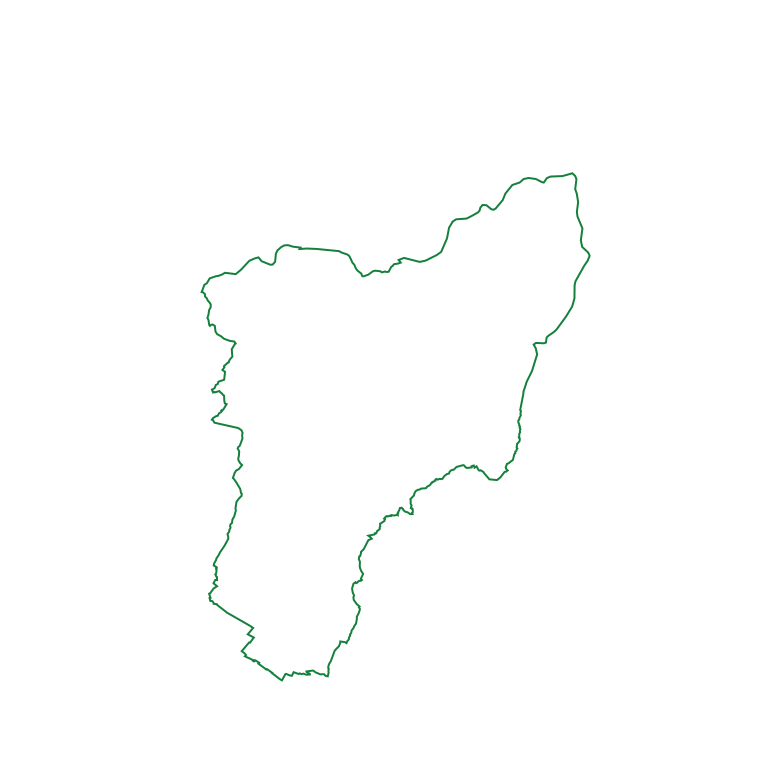 Baia Sprie, Maramures, Romania (Natural Earth projection), rotated 321°
{"feature_id": "2599482B79433143799510", "entity_name": "Baia Sprie", "entity_type": "district", "adm_level": 2, "iso_a3": "ROU", "parent_name": "Romania", "parent_adm1": "Maramures", "projection": "natural_earth1", "projection_center": [23.691, 47.679], "detail": "fine", "context": "isolated", "style": "outline", "palette": "green", "viewbox_px": 768, "rotation_deg": 321, "n_neighbors": 0, "source": "geoboundaries", "source_scale": "gbopen_adm2", "svg_char_len": 6142}
<svg xmlns="http://www.w3.org/2000/svg" viewBox="0 0 768 768"><g transform="rotate(321 384 384)"><path d="M156.3,575.8L159.3,573.5L160.1,572.1L161.9,570.5L161.8,569.8L163.2,568.3L165.4,566.9L168.1,566.0L178.1,560.1L184.1,559.4L186.9,557.8L188.0,556.6L191.1,559.9L191.8,561.8L193.2,560.9L196.0,560.3L197.1,559.1L199.4,558.2L199.6,557.5L202.0,556.7L203.8,555.1L206.4,554.6L208.6,553.4L211.4,552.6L214.8,549.8L216.5,547.7L219.7,546.4L222.8,544.5L223.8,543.4L224.0,541.7L225.0,541.5L224.3,537.9L224.6,532.8L226.0,530.5L227.6,529.5L228.6,526.1L230.5,522.8L234.6,520.0L237.1,520.1L237.0,521.2L237.7,521.5L240.7,521.2L242.1,522.3L243.5,522.4L243.4,521.1L243.7,520.7L248.3,518.4L248.6,515.0L249.6,511.8L250.4,510.4L253.4,507.0L254.3,504.2L256.3,502.4L257.2,502.7L259.4,501.2L260.5,500.0L264.3,499.6L273.6,495.5L277.1,496.5L277.1,494.9L276.4,492.1L281.9,494.9L283.0,494.3L283.4,495.0L284.4,495.0L285.9,494.0L289.3,494.1L290.3,492.8L291.5,492.2L292.9,490.2L298.0,490.7L299.8,489.6L299.4,488.7L302.3,488.2L303.1,488.4L303.6,489.4L305.3,489.9L306.5,491.1L307.0,491.1L306.9,490.4L307.1,490.4L309.0,492.5L312.1,494.2L312.2,494.6L312.5,494.3L312.6,493.5L313.7,493.3L313.6,492.8L316.4,491.7L318.3,490.4L319.9,491.3L319.7,492.1L320.1,493.1L319.7,494.0L320.1,496.5L321.5,498.4L322.6,501.8L324.3,503.0L324.6,501.8L325.8,501.7L327.2,499.9L327.1,498.9L327.6,498.7L327.5,498.1L326.8,497.3L329.1,495.6L329.3,493.9L331.7,491.0L332.0,490.1L337.0,489.5L338.7,488.2L341.2,487.2L343.6,487.5L345.7,488.6L347.0,488.6L351.0,491.4L353.1,490.9L355.1,491.4L357.1,491.3L358.0,490.8L359.4,491.0L360.0,490.5L361.1,491.2L362.4,491.1L363.1,491.5L363.7,490.7L364.9,490.7L365.6,492.2L367.2,492.5L368.7,494.0L369.8,494.5L373.0,493.5L376.2,493.6L378.2,494.5L379.6,493.6L381.4,493.3L383.1,493.7L384.2,494.5L388.2,494.1L394.5,496.9L395.0,497.7L395.0,499.9L395.5,501.4L399.7,504.0L400.3,503.0L402.5,503.8L401.7,506.0L404.1,506.2L403.3,510.7L404.0,511.7L404.9,511.9L405.9,515.1L405.7,516.7L405.9,524.4L411.4,529.8L415.8,529.8L422.5,528.2L423.8,529.0L425.7,529.0L425.5,527.2L425.9,525.6L429.2,523.5L430.9,524.0L436.5,524.1L441.0,520.6L442.6,520.4L443.2,519.3L445.1,519.1L446.1,518.2L447.1,518.0L447.1,516.8L449.8,514.3L453.2,513.8L454.7,512.5L455.4,511.4L455.0,510.7L455.4,510.0L456.4,509.6L457.9,507.7L459.4,507.2L460.0,506.0L461.8,504.7L461.7,503.6L463.0,502.6L462.7,502.0L463.0,501.2L463.7,500.6L464.1,498.7L464.9,497.5L465.6,496.8L466.8,496.7L467.9,495.6L470.7,494.4L471.3,493.0L473.4,491.2L473.4,490.0L485.8,479.6L487.6,477.7L496.6,471.9L507.1,467.1L521.6,457.4L524.4,451.8L525.1,447.6L527.9,447.7L533.9,453.0L535.9,453.7L539.7,450.2L542.0,450.0L548.9,450.5L552.6,450.2L567.7,446.2L579.0,442.2L585.8,437.4L594.2,427.3L597.4,424.7L614.0,418.1L619.8,416.4L624.5,413.8L625.4,410.4L624.3,402.1L627.4,396.2L636.1,388.0L639.8,375.5L642.4,371.4L649.3,364.9L653.6,357.4L655.2,352.9L662.4,346.0L663.5,342.7L663.0,338.8L653.5,334.7L644.0,327.6L640.2,326.5L634.9,328.0L633.7,326.3L631.0,320.2L625.9,314.8L621.5,312.6L616.2,312.8L609.0,310.1L598.2,312.4L592.0,315.8L581.2,317.9L579.0,317.6L577.4,315.8L576.1,309.5L573.3,306.9L570.0,307.5L567.4,309.4L565.0,309.8L557.9,308.6L552.3,307.4L543.7,301.4L539.6,301.0L532.9,303.5L524.6,310.5L511.6,317.3L506.2,317.0L494.0,314.3L488.6,311.6L478.9,298.6L473.4,296.8L473.4,300.2L470.6,299.2L467.2,297.2L464.8,297.7L463.4,297.5L458.2,299.7L456.2,298.3L455.6,297.2L452.6,295.9L452.1,294.1L448.5,290.4L446.2,289.4L440.8,289.2L435.7,287.4L435.0,286.5L435.8,283.8L434.7,279.0L434.9,276.3L436.0,272.6L435.8,270.0L437.4,263.6L437.5,262.3L437.0,260.3L433.6,254.9L432.8,252.6L416.8,236.8L409.2,230.1L403.4,226.0L404.9,225.4L399.6,219.9L396.8,215.7L393.7,213.5L390.4,212.9L385.3,213.1L382.0,214.7L376.3,220.5L372.7,221.1L370.8,219.9L366.2,211.6L366.1,206.6L363.0,205.2L357.0,203.5L344.8,205.2L337.9,205.3L330.4,197.5L327.0,197.0L323.3,195.7L321.5,194.6L315.0,192.2L309.9,194.2L306.8,193.9L300.2,197.8L300.9,198.5L301.4,201.4L300.0,203.5L300.2,205.8L299.6,208.2L299.7,211.6L299.3,213.4L297.4,215.4L294.6,216.5L291.3,219.6L288.3,221.6L287.9,223.8L285.3,228.2L285.3,229.3L287.0,229.2L288.2,229.9L289.1,232.3L286.0,237.3L285.7,240.4L287.3,244.1L288.2,248.3L291.3,253.4L294.4,256.8L294.2,259.2L293.2,259.1L287.5,261.2L283.4,267.3L279.6,268.0L277.1,269.1L276.9,269.5L275.8,269.2L270.9,269.4L270.6,270.5L267.3,271.4L268.1,274.5L262.5,280.1L256.8,278.0L254.8,279.4L252.7,278.9L249.8,280.6L246.7,280.1L245.9,283.0L246.8,283.0L247.2,284.0L251.6,285.9L251.6,287.8L252.0,288.6L252.1,291.7L252.4,292.4L249.3,296.6L248.1,298.9L249.0,300.6L242.8,302.8L241.8,302.2L240.6,302.4L240.7,303.1L239.3,303.3L237.2,303.0L234.8,304.1L233.2,303.3L229.6,302.9L228.2,303.3L228.5,303.6L228.0,304.1L228.3,304.5L227.9,307.4L243.0,326.5L244.1,330.2L243.4,332.9L241.6,334.4L239.7,337.3L233.3,341.1L230.8,341.4L229.7,342.0L229.1,345.2L226.1,348.4L223.5,350.5L222.8,352.1L222.4,355.1L222.7,357.7L217.5,358.8L214.6,358.2L211.8,359.2L207.4,362.0L207.6,363.1L207.3,367.6L206.2,375.1L204.3,378.7L204.3,380.0L202.9,381.3L199.1,381.7L195.1,382.8L190.3,387.2L189.3,389.0L184.5,392.5L180.7,394.1L178.5,396.3L176.6,396.4L175.0,397.4L174.6,398.7L173.4,399.6L172.0,400.0L171.0,401.2L168.0,402.1L166.8,404.7L165.6,406.3L158.4,409.3L150.4,411.7L148.3,412.8L144.0,414.1L142.7,415.1L139.2,416.5L137.5,417.9L138.6,421.2L137.5,421.5L136.8,422.8L137.1,422.8L135.2,424.8L133.3,426.3L133.0,426.1L132.3,429.1L132.5,429.2L130.9,431.3L129.5,430.1L126.1,431.6L127.0,436.1L122.8,435.7L117.3,437.2L116.1,436.9L114.6,441.0L113.7,440.6L112.5,443.3L113.9,444.6L114.0,446.3L113.3,447.6L115.5,449.9L115.3,450.7L118.2,463.2L127.5,487.1L128.8,491.2L120.6,492.8L123.3,499.1L117.1,500.7L116.5,500.0L105.3,502.1L106.2,505.8L106.2,507.8L104.5,508.1L108.6,516.3L107.9,516.6L108.3,517.6L109.4,517.3L109.5,518.0L110.2,518.0L111.6,522.1L110.4,522.3L112.9,531.9L113.5,531.8L113.7,532.2L115.4,538.1L115.0,538.1L117.4,548.1L118.2,550.1L124.8,547.4L125.4,547.6L127.6,551.5L128.7,552.8L132.4,551.1L135.2,555.7L136.3,555.8L137.2,557.4L139.2,558.5L140.7,561.1L143.5,563.1L143.9,562.7L142.6,559.1L142.8,558.6L148.2,561.8L148.8,562.5L149.2,564.7L151.8,569.6L154.8,571.8L154.9,573.9L156.3,575.8Z" fill="none" stroke="#15803d" stroke-width="2"/></g></svg>